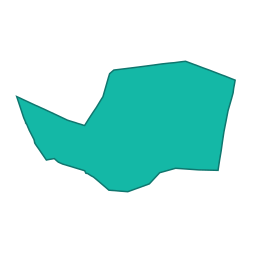 Lierne nor, Nord-Trøndelag, Norway, rotated 267°
{"feature_id": "86288312B74220528840082", "entity_name": "Lierne nor", "entity_type": "district", "adm_level": 2, "iso_a3": "NOR", "parent_name": "Norway", "parent_adm1": "Nord-Trøndelag", "projection": "mercator", "projection_center": [13.62, 64.418], "detail": "fine", "context": "isolated", "style": "filled", "palette": "teal", "viewbox_px": 256, "rotation_deg": 267, "n_neighbors": 0, "source": "geoboundaries", "source_scale": "gbopen_adm2", "svg_char_len": 1867}
<svg xmlns="http://www.w3.org/2000/svg" viewBox="0 0 256 256"><g transform="rotate(267 128 128)"><path d="M81.0,215.7L91.2,217.8L100.6,219.9L108.9,221.5L119.2,223.6L126.4,225.4L129.5,226.2L133.6,227.2L140.0,228.8L150.4,232.4L151.2,232.7L157.6,234.8L162.1,235.6L166.6,236.7L170.2,237.5L172.1,233.3L174.7,227.7L176.3,223.9L179.5,216.8L181.5,212.3L184.3,205.7L186.3,201.2L187.3,199.0L187.8,197.7L191.6,189.0L191.5,186.8L191.4,185.2L190.8,177.5L190.7,174.0L190.6,171.9L190.2,164.9L189.5,156.7L188.3,141.1L187.8,134.2L187.1,124.2L186.6,116.9L184.7,114.4L183.2,112.5L179.7,111.2L166.9,106.8L160.5,104.6L158.3,103.0L150.2,97.5L144.4,93.1L144.1,92.9L138.2,88.6L137.3,88.0L132.8,84.8L132.8,84.7L132.9,84.4L133.2,83.4L133.9,81.7L134.9,78.9L135.5,77.2L136.0,76.1L136.2,75.5L138.5,69.2L138.8,68.5L138.8,68.3L144.9,57.0L149.2,48.9L151.3,45.0L151.7,44.2L151.9,43.8L153.3,41.1L155.0,37.9L155.0,37.7L155.6,36.6L158.4,31.3L162.3,24.0L162.8,23.1L163.5,21.8L165.2,18.5L151.4,22.3L144.7,24.1L142.8,24.7L141.3,25.3L140.1,25.7L139.0,26.2L138.9,26.2L138.7,26.0L138.4,26.0L138.2,26.2L138.2,26.3L137.9,26.4L137.7,26.5L137.4,26.7L137.4,26.8L137.1,27.0L136.3,27.3L135.5,27.6L134.4,28.0L134.0,28.1L133.8,28.2L133.3,28.4L132.0,28.9L131.3,29.1L121.0,33.7L120.9,33.7L120.7,33.6L120.4,33.7L120.3,33.8L120.2,33.8L118.9,33.9L118.0,34.1L117.9,34.1L117.7,34.2L117.7,34.3L117.4,34.3L116.6,34.8L115.7,35.3L114.1,36.3L111.6,37.9L108.8,39.6L108.6,39.7L103.2,43.0L100.3,44.8L100.7,47.5L101.3,52.8L98.8,55.3L97.5,56.7L97.2,57.4L96.8,58.1L95.3,61.1L92.2,69.9L91.6,71.5L89.6,77.0L89.4,77.6L87.6,82.5L85.0,83.6L84.6,85.4L83.9,86.3L82.2,88.7L80.9,90.9L77.2,94.9L66.9,105.7L66.5,108.7L66.5,108.9L66.5,109.2L66.5,109.3L66.4,109.4L66.4,109.9L66.3,110.1L66.3,110.6L66.1,112.0L65.4,116.8L64.4,124.5L71.1,146.4L81.7,157.3L85.3,173.4L82.5,196.3L81.0,215.7Z" fill="#14b8a6" stroke="#0f766e" stroke-width="1.5"/></g></svg>